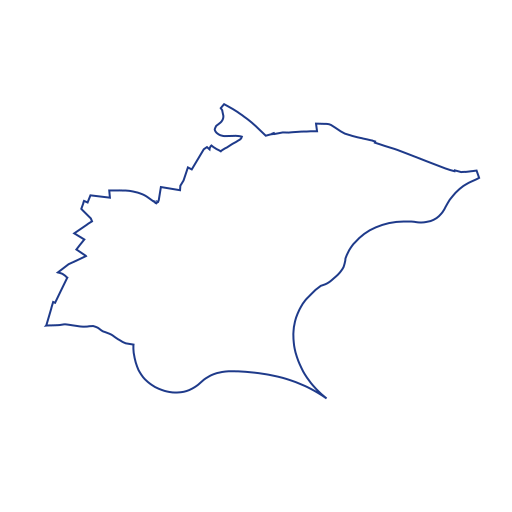 outline of Doesburg, Gelderland, Netherlands, rotated 201°
{"feature_id": "6326949B86842981978413", "entity_name": "Doesburg", "entity_type": "district", "adm_level": 2, "iso_a3": "NLD", "parent_name": "Netherlands", "parent_adm1": "Gelderland", "projection": "natural_earth1", "projection_center": [6.146, 52.019], "detail": "fine", "context": "isolated", "style": "outline", "palette": "blue", "viewbox_px": 512, "rotation_deg": 201, "n_neighbors": 0, "source": "geoboundaries", "source_scale": "gbopen_adm2", "svg_char_len": 6043}
<svg xmlns="http://www.w3.org/2000/svg" viewBox="0 0 512 512"><g transform="rotate(201 256 256)"><path d="M75.7,408.9L76.8,410.2L80.7,414.8L81.8,414.2L82.4,413.9L83.1,413.5L84.2,412.9L85.6,412.2L87.4,411.2L89.3,410.2L90.7,409.5L90.9,409.5L93.3,408.5L93.8,408.2L94.5,407.9L95.0,407.8L96.3,407.7L101.1,407.2L101.0,406.3L104.9,405.9L106.1,405.8L108.7,405.7L110.4,405.6L113.5,405.6L114.5,405.6L115.3,405.6L117.5,405.6L125.3,405.6L131.3,405.6L149.7,405.7L150.3,405.7L151.4,405.7L156.8,405.7L161.9,405.7L165.0,405.6L170.7,405.2L173.8,405.0L175.3,404.9L180.1,404.7L185.7,404.4L185.8,405.6L188.4,405.4L188.8,405.5L189.1,405.4L190.9,405.1L191.7,405.0L193.2,404.8L194.0,404.7L194.6,404.6L198.3,404.0L199.6,403.9L200.0,403.8L200.6,403.7L203.8,403.2L209.2,402.6L211.4,402.5L212.4,402.4L216.9,402.1L221.4,402.7L228.0,404.2L232.9,405.2L235.0,405.2L236.4,404.9L237.5,404.6L239.7,403.8L247.4,401.1L247.3,400.9L246.1,398.7L243.7,394.3L249.3,392.2L253.0,390.5L258.0,388.5L262.5,386.4L266.2,384.7L269.8,382.9L275.2,381.0L276.2,380.4L279.4,378.4L282.5,376.5L283.4,377.2L284.4,376.3L283.9,375.9L285.9,374.8L290.0,371.8L300.5,376.2L302.6,377.1L306.4,378.5L307.4,378.9L310.1,379.8L312.3,380.5L314.4,381.1L317.1,381.8L319.4,382.5L319.9,382.6L323.7,383.5L324.3,383.7L325.7,384.0L330.3,384.9L331.7,385.1L335.7,385.7L340.2,386.3L340.6,385.2L341.9,381.4L339.8,380.0L338.9,378.5L336.6,375.0L336.1,373.3L336.0,372.2L336.0,371.4L336.1,370.6L336.4,369.2L337.0,367.8L337.9,366.3L338.3,365.6L339.2,364.2L339.8,363.1L339.9,362.2L339.9,361.4L340.0,360.7L339.9,359.4L339.3,358.5L338.1,357.5L336.8,356.8L334.6,356.2L333.2,356.0L332.2,356.0L329.6,356.3L328.2,356.7L326.5,357.4L324.1,358.4L321.4,359.5L318.1,360.9L315.4,361.7L314.1,362.0L313.1,362.2L312.0,362.3L312.0,361.0L312.0,360.5L312.4,359.6L313.0,358.5L313.6,357.9L315.6,355.2L317.7,352.8L318.8,351.4L321.1,348.2L322.2,346.7L322.7,346.2L323.3,345.6L325.0,343.4L326.2,341.7L326.4,341.1L328.1,341.4L329.0,341.5L331.2,341.7L333.6,342.2L334.7,342.4L337.2,343.2L337.6,342.4L337.7,341.8L337.7,341.5L337.8,341.0L337.8,340.5L338.1,339.9L337.7,339.3L337.6,338.9L340.8,340.1L342.0,338.4L343.0,336.9L347.0,313.8L351.3,314.3L351.2,311.9L351.0,307.4L350.7,300.5L351.8,294.5L350.5,290.2L369.5,286.3L366.9,273.8L366.8,273.5L366.8,272.9L366.8,272.4L366.8,272.0L367.0,271.3L367.3,271.3L367.2,271.2L367.4,271.1L367.7,270.0L368.2,268.7L368.2,268.9L368.3,269.0L368.4,269.3L368.5,269.4L368.6,269.5L368.8,269.6L370.0,270.0L371.5,270.4L371.4,270.5L371.8,270.5L371.9,270.4L378.8,272.2L380.8,272.6L382.5,272.8L383.9,272.9L386.4,272.9L389.2,272.8L392.0,272.4L393.6,272.2L396.4,271.7L397.7,271.4L399.8,270.8L401.5,270.3L402.7,269.8L403.8,269.4L407.2,268.2L408.9,267.5L416.5,264.6L413.3,258.1L432.3,253.3L432.4,245.6L436.3,245.8L436.3,244.3L436.3,244.1L436.2,243.8L436.1,243.1L436.0,237.6L436.0,237.4L435.9,237.3L423.7,231.9L421.5,229.6L423.8,226.6L424.3,225.9L425.3,224.3L433.8,212.0L422.2,209.9L424.4,203.1L426.0,197.7L415.0,195.2L414.7,195.0L420.5,188.9L428.0,181.2L435.1,169.6L434.9,169.6L434.8,169.8L432.4,169.9L431.3,170.0L430.0,169.9L429.6,169.8L428.3,169.5L427.5,169.3L426.8,169.1L426.2,168.8L425.0,168.3L424.4,168.2L424.5,167.3L425.8,152.5L426.8,140.3L428.9,140.4L428.5,135.0L428.3,133.4L427.7,126.2L426.9,116.1L427.0,115.8L425.8,116.4L424.1,117.1L420.7,118.5L416.7,120.2L414.7,121.1L410.7,123.4L410.2,123.6L409.8,123.8L409.1,124.0L407.5,124.4L405.8,124.8L402.1,125.6L398.6,126.4L395.8,127.0L394.6,127.3L391.9,128.1L390.7,128.6L388.6,129.5L387.8,129.9L386.8,130.5L386.0,130.9L383.5,132.0L383.1,132.2L382.5,132.3L382.2,132.3L380.5,132.4L379.0,132.4L378.3,132.3L377.9,132.3L377.0,132.1L374.3,131.3L372.6,130.9L371.8,130.8L371.3,130.8L369.6,130.9L368.6,130.9L366.7,130.9L364.9,130.9L363.7,130.8L363.2,130.8L362.0,130.6L361.1,130.4L358.6,129.7L358.2,129.6L356.5,129.2L354.7,128.8L353.7,128.7L351.5,128.3L350.0,128.0L348.9,127.9L346.3,127.8L338.6,129.4L338.3,128.3L337.2,125.4L335.5,121.8L332.7,117.2L330.2,113.6L327.5,110.3L324.8,107.4L322.7,105.7L320.7,104.2L318.0,102.4L315.7,101.2L313.5,100.3L311.7,99.6L309.5,98.9L307.2,98.3L305.7,98.0L303.3,97.5L301.9,97.4L299.2,97.2L295.9,97.2L293.1,97.3L290.6,97.6L288.2,98.0L285.1,98.7L283.6,99.2L281.1,100.1L279.6,100.8L277.3,101.9L274.7,103.4L272.5,105.0L270.3,106.9L268.0,109.4L266.3,111.5L265.3,112.9L264.3,114.4L263.7,115.4L263.6,115.6L262.3,118.1L261.3,120.0L260.3,121.9L259.1,123.7L256.9,126.5L255.7,128.0L254.1,129.6L252.9,130.7L251.1,132.2L250.2,132.9L248.3,134.1L246.2,135.5L244.4,136.5L243.1,137.2L240.4,138.5L236.6,140.0L230.8,142.1L224.1,144.2L215.8,146.5L211.5,147.6L204.2,149.2L201.7,149.7L196.2,150.6L192.4,151.2L187.5,151.8L183.8,152.1L180.3,152.3L177.4,152.4L173.8,152.5L169.8,152.4L166.7,152.3L163.7,152.2L160.9,152.0L157.2,151.6L153.3,151.1L149.0,150.4L144.2,149.5L139.1,148.3L145.5,150.5L148.6,151.8L152.0,153.3L156.7,155.7L159.2,157.1L162.0,158.9L164.8,160.7L168.1,163.1L170.6,165.1L173.2,167.5L176.6,170.8L178.9,173.2L181.8,176.6L184.6,180.2L186.8,183.5L188.3,186.0L189.7,188.7L191.3,192.0L193.2,196.6L194.1,199.5L195.2,203.4L195.4,204.7L196.1,208.7L196.3,210.6L196.5,212.8L196.5,214.6L196.5,217.1L196.4,218.8L196.3,220.7L196.2,221.9L195.8,224.9L195.5,226.6L195.2,228.5L194.9,229.4L194.2,232.0L193.7,233.5L193.0,235.2L190.7,240.4L188.3,245.7L184.8,251.4L183.8,252.2L182.5,253.3L181.1,254.5L179.8,255.9L178.7,257.3L177.6,258.9L176.7,260.5L175.5,262.8L174.0,265.6L172.9,267.8L171.8,270.6L171.2,272.6L170.6,275.0L170.3,277.0L170.4,278.8L170.6,280.9L171.0,283.6L171.4,285.1L171.6,285.8L171.6,286.8L171.6,289.2L171.4,291.6L171.1,294.8L170.5,297.8L170.0,299.8L169.3,302.2L168.5,304.0L166.0,309.9L162.9,315.4L159.0,320.8L154.4,325.7L149.2,330.3L143.6,334.4L137.2,338.1L130.5,341.1L123.5,343.8L120.3,344.7L119.6,344.8L116.6,345.5L113.9,346.4L111.3,347.6L109.4,348.7L105.5,351.2L103.2,353.4L101.0,356.1L99.5,358.7L98.2,361.9L97.6,363.7L96.9,367.1L96.6,369.9L96.0,374.0L95.3,377.9L94.6,380.1L93.7,382.8L92.4,386.5L91.3,388.8L90.0,391.5L88.7,393.7L87.5,395.7L85.8,397.9L83.7,400.5L81.5,402.8L79.8,404.5L78.3,406.0L76.8,407.6L75.7,408.9Z" fill="none" stroke="#1e3a8a" stroke-width="2"/></g></svg>